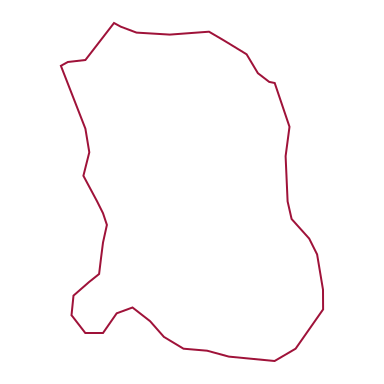 outline of Dong-gu, Daegu, South Korea
{"feature_id": "91817680B96924831002014", "entity_name": "Dong-gu", "entity_type": "district", "adm_level": 2, "iso_a3": "KOR", "parent_name": "South Korea", "parent_adm1": "Daegu", "projection": "albers", "projection_center": [128.675, 35.931], "detail": "fine", "context": "isolated", "style": "outline", "palette": "rose", "viewbox_px": 384, "rotation_deg": 0, "n_neighbors": 0, "source": "geoboundaries", "source_scale": "gbopen_adm2", "svg_char_len": 652}
<svg xmlns="http://www.w3.org/2000/svg" viewBox="0 0 384 384"><path d="M209.0,31.7L169.8,34.6L136.5,32.6L120.8,26.7L114.0,23.0L85.4,60.0L67.8,62.0L60.9,65.8L85.4,128.7L89.3,152.3L83.4,175.8L97.1,201.4L103.0,213.2L106.9,224.9L103.0,242.6L101.0,258.3L99.1,274.0L89.2,281.9L73.5,295.6L71.5,315.3L72.4,316.3L85.3,333.0L103.0,333.0L116.7,313.3L132.5,307.5L150.1,321.2L163.9,336.9L183.5,348.7L207.1,350.7L228.8,356.6L274.6,361.0L295.6,348.7L323.1,309.4L323.0,289.7L317.1,254.4L309.2,238.6L291.6,219.0L287.6,201.4L285.6,156.2L289.5,126.8L274.7,83.0L269.2,81.9L257.9,73.2L246.6,54.3L224.0,40.5L209.0,31.7Z" fill="none" stroke="#9f1239" stroke-width="2"/></svg>